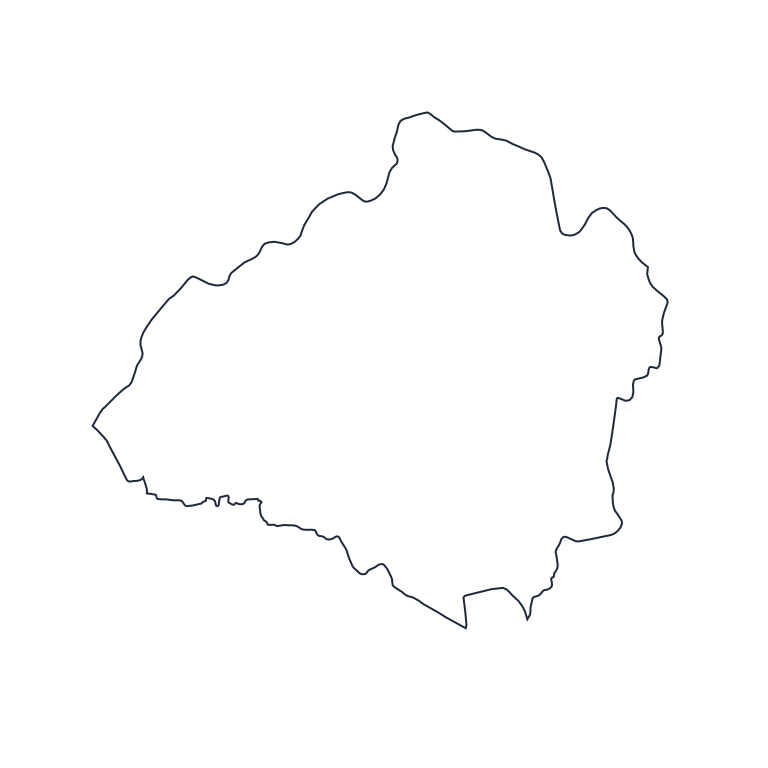 Phu Hoa, Phú Yên, Vietnam, rotated 169°
{"feature_id": "81297802B95398881806036", "entity_name": "Phu Hoa", "entity_type": "district", "adm_level": 2, "iso_a3": "VNM", "parent_name": "Vietnam", "parent_adm1": "Phú Yên", "projection": "robinson", "projection_center": [109.194, 13.068], "detail": "fine", "context": "isolated", "style": "outline", "palette": "slate", "viewbox_px": 768, "rotation_deg": 169, "n_neighbors": 0, "source": "geoboundaries", "source_scale": "gbopen_adm2", "svg_char_len": 6085}
<svg xmlns="http://www.w3.org/2000/svg" viewBox="0 0 768 768"><g transform="rotate(169 384 384)"><path d="M678.0,398.5L674.0,393.0L670.3,387.1L667.0,381.4L665.0,374.1L658.8,354.1L654.8,338.9L653.7,337.5L652.2,336.7L648.1,336.5L644.4,336.0L641.4,336.2L639.5,337.2L638.2,338.4L638.0,335.8L637.7,334.0L637.4,331.7L637.1,328.6L636.9,326.4L637.2,323.0L637.7,321.9L634.9,320.9L634.2,320.9L632.3,320.0L630.0,319.2L629.1,318.7L628.9,317.6L628.8,315.2L628.2,314.3L627.2,314.0L622.9,312.9L620.5,312.5L617.6,311.6L613.5,310.2L610.9,309.6L609.3,309.4L606.6,308.7L605.1,308.0L605.0,307.8L604.3,306.9L603.5,304.9L602.8,303.4L602.1,302.4L601.2,301.9L599.7,301.6L594.1,301.2L589.9,301.4L586.4,301.5L585.8,301.7L584.2,302.8L582.3,303.1L581.4,303.1L580.9,303.8L580.6,305.3L580.2,305.8L579.9,306.0L578.7,305.7L575.9,304.5L573.5,303.2L572.4,301.7L572.2,300.6L572.2,298.1L572.0,296.6L571.3,296.0L570.4,296.0L569.8,296.2L569.3,297.1L567.9,301.3L567.0,303.3L566.6,303.8L565.9,304.3L563.3,304.2L559.6,304.5L558.5,304.1L558.1,303.1L558.1,302.3L559.1,299.3L559.2,298.1L559.1,297.2L558.2,296.6L556.8,295.3L555.4,294.3L554.2,294.2L553.1,294.9L552.3,295.5L551.8,295.5L550.7,294.7L549.7,294.0L548.3,293.5L546.4,293.1L545.1,293.2L543.8,293.9L542.4,295.4L541.9,296.0L541.0,296.6L538.9,296.6L533.8,295.8L529.9,295.3L529.8,294.3L529.6,293.4L528.8,293.3L527.9,293.0L527.3,292.4L526.9,291.8L526.9,291.1L527.9,290.4L528.7,289.5L529.2,288.4L529.6,287.4L529.6,285.3L530.0,281.6L529.9,278.5L529.7,277.3L529.0,276.4L528.6,275.4L527.9,273.3L527.6,272.8L526.4,271.8L525.8,271.2L525.2,269.8L525.0,268.5L524.6,267.8L522.5,267.4L521.0,267.2L518.6,266.7L516.8,265.4L516.4,265.0L512.6,264.7L509.8,264.8L506.1,263.9L501.6,262.9L498.9,262.2L497.0,261.2L496.7,261.1L495.2,259.7L493.0,257.6L491.1,256.5L486.8,255.4L483.8,255.0L481.3,254.3L480.0,253.8L479.1,252.5L478.5,249.8L477.7,248.1L476.5,247.2L473.6,246.2L472.3,245.4L470.9,243.6L469.6,242.5L468.3,242.0L465.8,241.7L463.3,242.2L460.8,243.2L459.8,243.4L458.3,243.1L457.3,242.1L456.0,237.4L453.9,232.1L452.8,229.3L452.4,227.6L452.0,223.1L451.3,218.6L450.4,214.6L449.6,210.9L448.5,208.9L446.3,206.1L444.8,203.8L443.4,202.3L442.0,201.6L440.4,201.1L438.9,201.1L437.7,201.4L436.3,202.8L434.9,203.9L433.5,204.5L430.9,205.0L427.4,206.0L424.6,207.3L423.2,207.7L421.2,207.8L419.6,207.4L418.3,206.1L416.9,203.5L415.8,201.0L414.8,197.1L413.9,193.7L413.6,192.4L413.4,190.2L413.7,187.5L413.9,185.9L413.8,184.9L412.9,183.1L409.5,179.7L406.2,176.7L402.7,172.4L400.2,170.8L397.3,169.5L395.6,168.4L391.2,164.6L387.3,160.4L380.0,154.2L373.2,148.3L367.8,143.2L350.4,128.7L350.1,129.0L349.0,132.1L347.8,143.5L346.7,159.2L345.2,160.6L341.9,160.9L317.4,162.1L306.3,161.2L302.9,159.0L301.2,156.8L298.3,152.0L293.5,145.5L290.8,139.9L289.1,134.3L288.2,125.7L284.8,129.5L283.7,132.5L282.8,136.8L280.4,142.1L279.3,144.9L277.8,146.3L275.2,146.5L272.5,146.9L269.9,148.3L268.0,150.2L266.1,151.1L262.9,151.0L260.4,151.7L258.7,152.6L257.6,154.0L257.2,156.3L257.1,160.8L256.0,161.9L254.3,162.2L252.8,166.1L251.5,167.0L250.4,168.4L249.4,169.4L248.1,172.4L247.8,176.9L247.5,182.8L247.7,185.6L247.0,187.9L245.3,190.0L242.9,192.6L241.2,194.9L239.7,197.7L238.2,198.8L236.9,199.5L235.6,199.5L234.4,199.2L231.7,197.3L228.7,195.1L227.7,194.4L226.0,193.2L223.5,192.4L211.5,192.2L189.8,192.5L186.2,193.2L182.4,195.3L179.2,198.1L177.1,201.3L176.8,203.0L177.0,205.1L179.5,211.5L181.5,215.5L182.1,219.3L182.0,224.0L180.9,231.1L179.2,234.3L178.3,238.0L178.3,243.9L180.2,256.9L180.3,261.9L180.3,265.9L178.9,268.7L178.0,271.5L176.1,275.4L173.4,281.1L167.9,296.4L162.0,313.6L159.2,322.2L158.3,325.1L157.4,325.8L155.5,325.0L150.5,321.6L148.2,321.3L146.1,321.3L142.7,323.8L140.7,328.5L139.8,335.6L138.3,339.3L136.8,340.7L134.2,340.7L127.9,341.0L124.1,342.1L122.8,343.7L121.4,347.8L120.5,349.2L119.4,349.9L117.3,349.4L113.6,347.5L112.3,347.7L110.1,349.8L107.1,359.1L104.8,366.4L105.2,371.6L105.6,375.1L105.3,377.3L104.0,378.2L102.2,378.7L101.0,379.9L100.3,382.0L99.3,391.7L98.2,394.9L95.8,400.1L93.6,403.8L91.5,407.3L90.0,409.9L90.1,413.2L92.7,416.9L98.5,423.8L101.8,428.4L103.7,432.9L104.2,436.2L104.7,441.7L102.6,448.4L107.4,453.9L110.3,458.4L112.2,462.8L113.0,465.9L112.9,471.6L112.2,476.6L111.9,479.7L112.3,483.0L113.4,487.0L115.1,491.3L117.8,495.4L120.7,498.8L124.3,503.7L127.6,509.2L129.7,512.1L132.4,514.3L135.6,515.1L139.0,515.1L142.9,514.0L147.2,512.2L151.9,508.0L156.3,502.3L160.2,498.6L163.2,496.0L166.7,494.7L169.5,494.0L173.6,494.3L177.6,495.8L179.7,497.0L180.2,497.7L181.0,499.0L181.8,501.1L181.9,509.2L181.9,524.5L181.7,536.4L181.5,542.6L181.3,554.3L182.3,560.7L184.5,571.5L186.3,576.8L188.9,579.9L191.5,582.1L201.4,587.8L208.2,592.6L212.0,595.1L217.4,599.5L222.5,601.7L227.8,603.5L231.6,606.4L237.1,612.5L238.7,613.9L241.2,615.2L245.4,616.0L255.9,616.6L262.9,617.7L266.1,618.2L268.4,619.2L270.9,622.2L274.7,627.0L279.7,632.6L283.7,636.2L286.9,640.1L289.5,642.3L293.6,642.3L299.5,642.0L304.9,641.4L309.1,640.7L313.2,640.6L317.5,639.2L320.3,635.9L323.6,628.4L326.7,623.2L328.4,619.4L330.0,616.3L330.5,612.3L329.7,608.2L327.8,602.9L328.2,600.1L329.3,598.0L334.7,594.7L337.9,591.4L343.6,579.9L347.1,574.9L351.8,570.7L357.2,567.7L361.5,566.6L362.8,566.5L365.1,566.2L368.0,566.7L370.3,568.7L376.2,575.5L379.6,578.2L382.7,579.2L387.9,579.3L393.3,578.9L404.0,576.7L413.4,572.8L421.4,567.2L427.0,560.7L432.0,555.1L435.7,549.2L437.7,545.6L440.9,542.8L444.6,540.5L449.1,539.2L451.9,539.2L457.6,541.9L464.4,544.5L466.7,544.7L469.9,545.0L474.5,544.4L477.7,541.8L480.2,538.2L480.6,537.6L483.6,534.6L486.0,533.2L490.2,531.8L497.5,530.1L502.9,527.3L508.7,524.3L512.6,522.2L514.7,520.1L516.9,515.7L519.5,513.1L522.9,512.2L526.9,512.3L530.1,512.8L536.9,515.8L542.8,520.4L547.6,524.1L551.0,526.1L551.3,526.0L553.3,525.6L556.6,523.8L564.8,517.0L573.6,510.8L578.6,508.7L588.3,501.0L595.8,494.8L599.6,491.7L605.8,485.6L610.0,480.9L613.2,476.2L614.6,473.2L615.6,469.4L615.4,465.8L615.1,460.5L615.7,458.2L616.8,455.8L622.9,449.3L623.1,449.0L626.0,443.4L629.3,437.5L632.1,433.2L634.6,431.1L637.6,430.0L641.5,428.2L649.8,423.1L660.4,415.9L664.9,413.1L668.2,410.1L672.3,405.2L678.0,398.5Z" fill="none" stroke="#1e293b" stroke-width="2"/></g></svg>